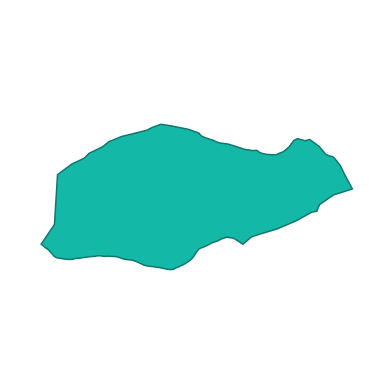 Yorke Hill, Castries, Saint Lucia, rotated 169°
{"feature_id": "8701671B255319431107", "entity_name": "Yorke Hill", "entity_type": "district", "adm_level": 2, "iso_a3": "LCA", "parent_name": "Saint Lucia", "parent_adm1": "Castries", "projection": "albers", "projection_center": [-60.979, 14.017], "detail": "fine", "context": "isolated", "style": "filled", "palette": "teal", "viewbox_px": 384, "rotation_deg": 169, "n_neighbors": 0, "source": "geoboundaries", "source_scale": "gbopen_adm2", "svg_char_len": 2584}
<svg xmlns="http://www.w3.org/2000/svg" viewBox="0 0 384 384"><g transform="rotate(169 192 192)"><path d="M209.6,264.4L218.1,263.1L225.0,261.2L250.7,259.9L255.4,258.9L263.8,257.3L271.3,253.4L285.7,249.6L291.3,245.7L304.4,242.5L320.7,234.7L333.2,186.4L350.0,169.6L348.0,167.1L346.5,165.3L345.1,163.9L343.7,162.3L342.8,160.5L342.0,159.5L340.0,155.8L338.5,154.1L337.1,153.1L334.4,152.2L332.8,151.6L331.1,150.9L326.9,149.6L324.5,149.0L323.0,148.8L321.2,148.8L319.5,149.0L316.9,148.7L314.5,148.4L311.7,148.4L308.9,148.2L307.2,148.1L304.9,148.0L303.1,147.9L301.6,147.6L299.8,147.4L297.7,147.4L295.1,147.1L290.1,145.5L287.2,145.1L279.7,143.3L278.0,142.7L277.0,142.2L274.9,141.0L272.9,139.8L270.7,138.8L268.4,138.0L267.0,137.5L264.8,136.9L263.4,136.3L262.3,135.7L261.3,135.2L260.7,134.8L259.0,133.7L257.7,132.8L256.7,132.0L254.6,130.5L253.0,129.3L251.1,128.4L250.0,128.0L247.8,127.2L246.0,126.6L243.6,125.9L240.5,124.6L238.1,124.0L235.8,122.9L233.1,121.8L230.6,120.7L228.1,120.0L225.6,119.6L223.8,119.9L222.5,120.4L220.8,120.9L219.7,121.0L217.8,121.6L216.6,121.8L214.8,122.2L213.1,122.8L211.7,123.3L209.5,124.2L207.9,124.9L206.5,125.6L204.9,126.5L203.6,127.6L201.7,129.3L199.2,131.9L198.0,133.0L196.3,134.5L194.7,135.2L193.2,135.5L191.7,135.6L190.7,135.9L188.7,136.3L186.9,136.7L185.2,137.3L183.4,137.9L182.2,138.2L180.4,138.5L178.9,138.7L176.2,139.0L174.6,139.5L171.8,140.4L169.5,140.5L167.9,141.0L166.4,141.0L164.6,140.4L163.4,139.9L161.2,139.2L159.4,138.2L157.5,136.2L155.5,134.6L154.5,133.5L153.2,132.0L151.9,131.0L142.2,136.6L132.8,137.8L115.1,139.6L95.1,143.9L78.5,149.3L73.2,149.3L69.1,155.4L53.8,162.1L34.0,164.4L36.7,173.2L38.9,180.3L41.4,189.7L45.6,197.9L47.4,200.0L48.0,200.1L49.8,200.9L53.6,203.6L58.5,212.5L66.5,221.1L71.0,220.7L78.2,224.2L82.3,223.1L88.3,217.6L94.3,214.2L97.4,213.6L99.2,213.3L100.9,212.8L103.1,212.6L105.5,213.1L106.9,213.4L107.9,213.8L109.2,214.1L110.0,214.3L111.5,214.7L113.5,215.6L114.1,215.8L115.4,216.4L117.0,217.2L118.0,218.0L119.0,218.9L119.7,219.8L120.5,220.5L121.8,220.7L123.4,220.9L124.1,221.0L125.4,221.4L126.6,221.8L127.7,222.3L128.8,222.7L129.6,222.9L132.1,223.8L133.6,224.5L134.3,225.0L136.0,225.9L137.3,226.7L138.2,227.2L139.6,228.0L141.1,228.8L142.3,229.5L143.7,230.2L144.9,230.8L145.9,231.4L148.5,232.6L150.5,233.2L153.2,234.1L155.4,234.8L157.1,235.8L158.5,236.7L159.9,237.7L161.3,238.7L162.3,239.4L164.0,240.1L165.4,240.9L166.5,241.6L167.8,242.3L169.3,243.2L170.6,244.1L171.7,244.9L172.3,245.7L172.8,246.3L173.3,247.1L173.6,247.7L173.8,248.4L183.5,254.2L199.7,260.8L209.6,264.4Z" fill="#14b8a6" stroke="#0f766e" stroke-width="1.5"/></g></svg>